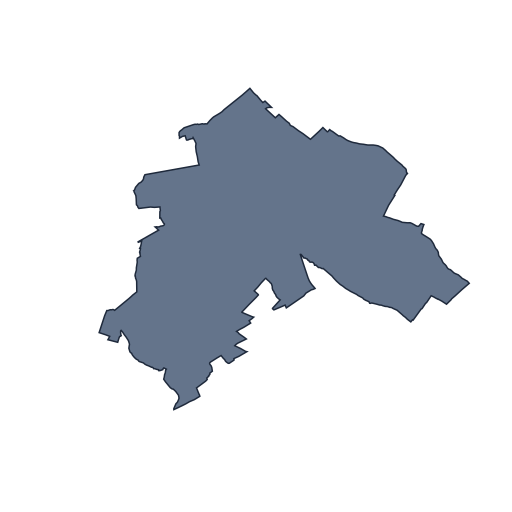 Rebricea, Vaslui, Romania (Robinson projection), rotated 146°
{"feature_id": "2599482B37161046362240", "entity_name": "Rebricea", "entity_type": "district", "adm_level": 2, "iso_a3": "ROU", "parent_name": "Romania", "parent_adm1": "Vaslui", "projection": "robinson", "projection_center": [27.58, 46.87], "detail": "fine", "context": "isolated", "style": "filled", "palette": "slate", "viewbox_px": 512, "rotation_deg": 146, "n_neighbors": 0, "source": "geoboundaries", "source_scale": "gbopen_adm2", "svg_char_len": 6129}
<svg xmlns="http://www.w3.org/2000/svg" viewBox="0 0 512 512"><g transform="rotate(146 256 256)"><path d="M253.5,396.5L250.1,396.3L247.5,395.3L248.7,391.3L248.6,390.8L247.5,390.2L246.8,390.2L243.9,389.3L243.2,388.8L242.6,388.9L242.0,389.3L242.3,385.7L242.8,382.8L244.9,380.4L247.3,375.8L249.0,371.3L251.3,366.4L252.2,363.2L302.6,385.5L304.4,384.5L305.0,384.1L306.1,382.9L307.5,382.1L309.9,381.5L312.6,381.7L317.5,380.3L319.7,378.7L320.8,378.5L320.7,378.3L321.2,377.3L321.7,374.0L321.9,373.1L323.3,370.5L326.5,365.3L326.2,363.9L326.6,362.5L326.5,360.9L316.1,355.6L313.0,353.1L308.2,350.4L309.9,347.1L310.9,346.5L314.5,341.3L313.9,341.1L313.7,340.5L314.0,339.9L314.1,336.6L314.3,335.6L314.0,333.8L314.3,333.4L315.2,333.0L315.7,333.0L316.5,333.2L318.7,334.2L319.6,334.2L321.5,335.1L321.7,335.6L323.4,336.5L322.3,331.9L345.8,333.7L345.9,333.2L342.3,332.4L343.1,331.7L344.3,330.3L346.5,328.3L348.1,327.4L347.5,326.9L349.2,325.1L349.6,325.0L349.8,324.7L350.3,324.4L350.3,324.1L350.5,323.9L350.4,323.5L350.6,323.3L350.5,323.2L351.0,322.6L352.0,320.3L355.7,320.5L356.9,319.1L357.9,317.3L358.9,316.2L361.8,313.1L363.1,311.2L366.3,308.5L367.4,307.2L367.2,307.0L368.3,304.8L368.5,303.4L369.2,301.6L374.9,292.9L380.5,292.5L381.3,292.3L384.9,291.8L403.6,290.0L404.0,291.1L404.6,291.7L406.3,292.4L406.9,293.0L409.1,293.5L410.2,294.2L414.9,291.1L428.9,280.2L424.8,274.9L422.2,271.2L425.6,269.4L418.9,261.8L415.6,264.5L414.1,265.5L412.9,265.2L412.2,265.4L412.1,266.3L411.7,266.9L411.3,267.9L410.1,269.6L409.7,269.8L409.3,269.7L409.3,269.0L409.1,267.8L409.2,264.6L409.0,261.3L409.1,257.2L409.9,254.4L410.5,253.2L411.2,252.6L413.0,250.6L414.0,247.4L414.1,246.3L413.5,244.9L413.8,243.5L413.7,241.2L413.4,239.0L413.1,238.5L413.1,237.7L412.0,235.7L412.0,234.5L411.8,233.8L409.1,230.3L408.6,228.4L407.7,226.7L406.4,224.9L404.8,222.2L404.1,221.6L403.8,220.8L403.8,219.7L402.9,219.2L401.9,217.7L400.3,216.2L400.8,215.5L400.7,215.2L399.5,214.6L396.8,213.9L395.7,214.7L394.9,214.7L393.6,212.3L394.7,211.9L396.6,209.8L398.1,208.8L399.9,206.8L401.4,205.5L401.4,202.3L400.7,194.8L399.9,192.7L399.0,191.8L398.3,188.7L398.1,184.0L398.6,182.8L399.3,181.2L401.0,179.9L403.0,178.7L405.0,178.3L409.5,175.4L410.0,174.6L405.7,173.9L396.9,172.7L392.5,172.4L387.4,171.4L381.0,171.1L380.6,172.3L380.4,173.8L379.1,179.9L367.7,180.4L365.5,180.9L365.1,182.3L362.3,182.8L362.2,183.2L360.5,183.6L359.8,184.7L356.6,184.9L355.0,188.3L354.8,189.2L354.6,190.3L354.8,191.7L354.7,192.6L354.1,193.3L353.1,193.5L345.3,193.3L340.6,193.0L340.3,189.1L339.9,187.8L340.1,186.0L339.9,184.9L339.2,182.9L338.8,182.4L338.1,182.0L332.5,182.0L332.2,182.2L332.0,183.1L331.7,183.3L326.4,182.4L317.1,181.8L318.0,182.8L320.3,187.5L323.8,193.5L322.1,193.9L319.9,193.9L310.4,192.6L311.2,195.0L313.2,200.2L313.6,201.4L313.5,202.0L314.3,204.4L310.3,204.2L305.8,203.7L297.9,203.4L297.9,206.2L294.6,206.3L292.1,206.6L293.1,207.8L297.3,214.2L299.2,217.2L299.1,217.4L288.8,219.7L279.5,221.5L275.8,222.4L275.7,222.8L275.8,223.3L277.0,228.1L272.1,229.2L266.7,230.8L260.9,232.1L260.3,232.0L260.0,230.2L259.2,227.3L259.1,225.7L258.7,224.7L259.4,222.0L260.7,219.8L261.1,218.3L261.0,216.6L261.4,215.3L261.3,212.8L261.7,211.8L261.7,210.0L261.1,207.6L260.5,206.1L271.5,203.4L271.8,203.1L271.3,201.3L259.3,199.0L259.9,196.0L238.7,196.2L235.3,197.3L228.8,197.0L227.7,196.5L225.2,196.0L225.2,196.7L225.7,200.7L225.8,202.7L225.7,205.5L225.4,207.1L225.1,208.7L220.9,223.8L218.4,232.5L217.9,232.3L217.7,231.6L217.4,227.5L216.2,226.6L215.9,225.8L215.2,224.8L215.3,223.4L214.7,222.6L214.9,221.5L214.8,221.0L213.9,220.1L213.0,219.7L212.3,218.6L212.1,217.3L212.6,215.6L212.3,215.3L211.4,215.0L210.7,211.6L209.3,210.5L209.0,210.0L208.7,209.1L207.8,208.2L207.3,208.1L204.2,196.9L204.0,194.6L203.3,190.2L202.1,185.3L200.9,182.5L199.8,179.0L198.2,175.7L197.5,174.0L194.0,167.8L193.5,166.2L191.0,161.6L190.8,159.9L189.5,157.3L189.2,157.1L187.9,154.8L188.2,153.3L187.7,152.8L186.5,152.4L185.8,151.8L182.8,148.5L181.0,146.3L179.5,145.1L178.6,143.8L177.1,142.0L175.3,140.6L173.8,138.6L172.9,137.9L172.1,136.9L171.7,135.9L169.4,132.2L167.5,125.2L167.4,124.4L166.4,121.5L165.9,118.9L164.5,114.8L161.9,115.6L161.6,115.0L161.0,115.2L148.7,119.7L148.1,119.5L147.3,119.7L142.0,121.9L140.6,122.0L133.0,125.1L131.5,122.6L130.6,120.7L129.4,118.5L129.2,118.6L127.2,114.7L125.0,109.5L118.9,110.6L117.6,111.1L113.2,111.6L104.0,113.0L94.5,114.1L94.9,117.0L95.3,117.8L95.6,118.2L96.4,120.0L97.6,122.1L97.8,123.4L98.8,127.2L100.9,130.4L101.4,131.5L102.2,135.0L102.5,136.0L103.4,137.1L103.9,138.2L104.0,139.8L103.8,141.1L104.0,143.0L104.6,145.4L104.6,146.4L104.1,149.7L104.3,154.0L104.0,154.8L103.4,156.1L102.9,156.9L102.7,157.8L102.5,159.7L102.8,161.5L102.7,163.2L102.0,166.9L101.9,170.8L102.2,172.7L104.7,178.4L105.4,179.8L106.2,182.0L105.8,182.8L103.8,184.4L103.3,185.1L101.1,186.9L99.2,188.2L101.1,190.6L104.6,189.7L106.0,190.8L108.4,195.6L109.4,197.1L109.8,197.5L111.7,198.7L116.0,202.2L116.9,203.8L118.5,206.1L121.6,209.6L123.9,212.9L125.1,214.2L126.5,216.2L128.0,217.8L117.7,223.9L107.0,228.6L107.3,229.3L102.0,231.7L96.3,234.0L86.8,239.1L85.7,239.4L83.7,239.8L84.8,240.1L84.6,240.4L84.3,241.5L83.3,243.4L83.1,244.5L83.2,245.1L84.1,248.5L84.1,249.6L85.9,255.5L86.8,259.4L86.9,260.6L89.2,269.1L89.5,270.8L90.5,274.6L93.2,279.1L94.8,280.7L96.7,282.4L101.0,285.3L101.8,286.0L104.4,288.5L107.5,291.1L109.5,293.4L111.5,295.3L113.0,297.0L115.3,300.3L116.2,302.0L117.3,304.9L119.0,308.5L120.1,309.1L120.4,309.4L123.0,316.6L123.7,317.8L124.2,319.6L127.1,318.9L127.5,319.3L128.7,325.1L133.9,324.1L145.6,322.3L148.7,331.3L150.8,336.3L153.0,342.7L154.0,344.1L154.5,345.4L154.2,347.5L155.3,350.6L156.9,357.3L157.8,360.5L162.7,359.8L165.7,372.7L164.5,372.8L163.4,372.5L162.2,372.0L160.0,370.5L161.9,379.4L164.5,379.4L165.0,382.3L165.6,388.6L166.0,389.3L166.8,392.6L167.3,398.4L177.3,397.1L200.6,395.2L203.6,394.6L206.3,394.6L213.4,395.0L215.1,394.8L218.5,394.1L222.7,392.9L224.5,394.2L225.3,394.4L226.6,395.7L229.4,396.8L230.1,397.2L230.6,398.0L231.9,398.5L232.8,399.3L234.4,399.9L243.9,402.5L247.2,402.1L248.5,402.1L249.8,401.8L250.8,401.3L251.7,399.9L252.3,399.1L252.4,398.2L253.5,396.5Z" fill="#64748b" stroke="#1e293b" stroke-width="1.5"/></g></svg>